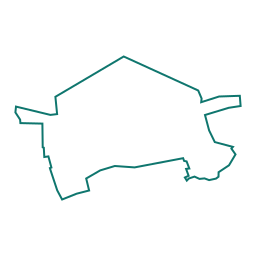 Drogheda Urban Lea-6, Meath, Ireland
{"feature_id": "5873133B90869984679235", "entity_name": "Drogheda Urban Lea-6", "entity_type": "district", "adm_level": 2, "iso_a3": "IRL", "parent_name": "Ireland", "parent_adm1": "Meath", "projection": "mercator", "projection_center": [-6.346, 53.714], "detail": "fine", "context": "isolated", "style": "outline", "palette": "teal", "viewbox_px": 256, "rotation_deg": 0, "n_neighbors": 0, "source": "geoboundaries", "source_scale": "gbopen_adm2", "svg_char_len": 760}
<svg xmlns="http://www.w3.org/2000/svg" viewBox="0 0 256 256"><path d="M16.0,106.6L15.4,112.4L20.1,119.6L20.4,123.1L42.4,123.6L42.7,147.3L43.8,147.7L44.3,157.0L48.4,156.4L51.4,167.5L49.9,168.1L50.5,170.1L57.2,190.3L62.1,199.5L76.6,193.7L89.1,190.5L86.2,178.5L100.2,170.4L114.8,166.0L134.6,167.4L183.1,158.2L184.1,160.9L186.6,161.4L189.3,168.5L186.1,168.9L188.6,175.8L184.9,177.5L186.8,180.6L188.8,178.5L194.5,176.6L199.5,178.9L204.5,178.4L209.1,180.1L216.0,178.6L218.5,176.7L218.6,172.2L229.0,165.3L235.5,154.4L231.4,148.6L232.9,146.9L214.8,142.1L209.1,130.4L205.0,115.0L228.7,107.8L240.6,106.0L239.8,95.8L219.1,96.5L201.2,102.2L201.6,98.5L198.2,90.5L123.7,56.5L55.4,96.8L57.1,114.1L50.4,114.9L16.0,106.6Z" fill="none" stroke="#0f766e" stroke-width="2"/></svg>